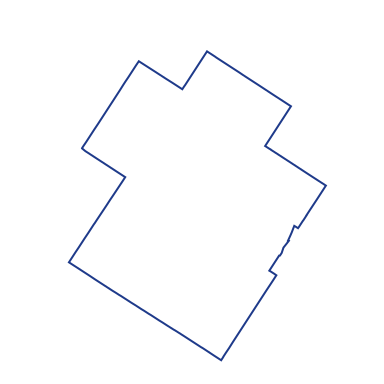 Naracoorte Lucindale, South Australia, Australia (Mercator projection), rotated 123°
{"feature_id": "25037944B94364154888431", "entity_name": "Naracoorte Lucindale", "entity_type": "district", "adm_level": 2, "iso_a3": "AUS", "parent_name": "Australia", "parent_adm1": "South Australia", "projection": "mercator", "projection_center": [140.584, -36.995], "detail": "fine", "context": "isolated", "style": "outline", "palette": "blue", "viewbox_px": 384, "rotation_deg": 123, "n_neighbors": 0, "source": "geoboundaries", "source_scale": "gbopen_adm2", "svg_char_len": 2946}
<svg xmlns="http://www.w3.org/2000/svg" viewBox="0 0 384 384"><g transform="rotate(123 192 192)"><path d="M317.2,75.9L313.4,75.9L313.2,76.0L312.9,76.0L308.3,76.0L302.8,75.9L302.6,75.9L295.8,76.0L293.9,76.0L293.6,76.0L288.2,76.0L280.7,76.0L276.7,76.0L272.1,76.0L267.0,76.0L264.4,76.0L257.2,76.0L251.4,76.0L244.7,76.0L238.5,76.0L238.4,76.0L235.2,76.0L234.9,76.0L233.7,76.0L223.8,75.9L219.9,75.9L215.9,75.9L215.8,78.4L215.8,82.5L215.9,84.2L215.9,84.3L206.5,84.3L197.9,84.3L197.4,83.6L194.2,83.6L193.1,83.9L188.8,85.0L184.6,84.6L180.1,84.2L180.1,84.3L180.4,85.0L179.6,85.1L174.2,85.9L172.5,86.2L171.8,86.3L164.7,87.8L164.6,85.4L164.6,83.9L164.6,83.4L164.4,83.4L164.1,83.4L163.5,83.3L161.9,83.3L155.6,83.3L155.4,83.2L154.7,83.2L151.4,83.2L149.3,83.2L149.3,83.3L146.5,83.3L143.1,83.3L129.9,83.2L113.7,83.2L113.7,105.3L113.6,132.5L113.6,148.9L113.5,149.0L113.5,149.3L113.6,150.9L113.6,152.0L113.6,153.0L113.6,155.7L109.5,155.7L106.8,155.7L101.1,155.7L97.8,155.7L92.4,155.7L89.2,155.7L85.3,155.7L82.4,155.7L78.4,155.7L76.3,155.7L66.2,155.7L66.2,177.4L66.1,193.9L66.1,204.9L66.1,212.8L66.0,217.3L66.0,218.5L66.0,219.1L66.0,219.9L66.0,220.7L66.0,220.8L66.0,221.1L66.0,222.5L66.0,225.7L66.0,226.0L66.0,230.0L66.0,242.0L66.0,244.8L65.9,246.5L65.9,256.0L71.0,256.0L74.1,256.0L78.1,256.0L78.3,256.0L80.0,256.0L82.1,256.0L83.2,256.0L84.8,256.0L92.9,256.0L93.9,256.0L94.0,256.0L100.8,256.0L101.9,256.0L103.4,256.0L106.8,256.0L107.4,256.1L111.1,256.1L111.1,267.9L111.2,275.8L111.2,284.6L111.2,288.2L111.3,306.8L111.3,307.3L111.3,307.8L116.2,307.9L121.9,307.9L126.0,307.9L130.8,307.9L135.5,308.0L139.2,308.0L145.8,307.9L149.7,307.9L154.4,307.9L162.8,307.9L169.5,307.9L170.9,307.9L174.0,307.9L176.9,307.9L181.7,307.9L186.0,307.9L193.0,308.0L196.0,308.0L201.0,308.0L205.5,308.0L207.6,308.0L212.3,308.1L215.0,308.1L215.3,308.0L215.8,303.7L215.9,266.1L215.9,264.5L215.9,261.0L215.9,257.2L215.9,256.1L219.9,256.1L229.6,256.2L238.3,256.3L243.0,256.4L244.7,256.4L245.0,256.4L245.8,256.4L247.0,256.4L250.5,256.4L258.6,256.5L267.4,256.6L268.8,256.6L271.0,256.6L272.6,256.7L276.9,256.7L279.7,256.7L280.1,256.7L280.9,256.7L281.7,256.7L282.9,256.7L289.3,256.8L291.1,256.8L291.7,256.8L293.6,256.8L298.3,256.8L300.2,256.8L300.3,256.8L305.6,256.9L309.8,256.9L313.9,256.9L317.9,256.9L318.0,256.9L318.0,253.9L318.0,251.1L318.0,250.9L318.0,240.1L318.0,236.7L318.0,232.7L318.1,225.9L318.1,225.0L318.1,217.2L318.1,206.2L318.1,204.8L318.0,200.9L318.0,200.2L318.0,196.5L317.9,195.6L317.9,192.9L317.9,182.9L317.8,178.0L317.8,173.0L317.8,170.5L317.7,167.6L317.7,164.7L317.7,164.0L317.7,161.8L317.6,159.7L317.6,155.4L317.6,153.0L317.6,150.6L317.6,149.3L317.5,145.6L317.5,144.3L317.5,142.5L317.5,141.9L317.5,139.7L317.4,132.2L317.3,131.0L317.3,130.8L317.2,119.9L317.2,117.7L317.2,111.0L317.2,110.5L317.2,104.9L317.2,99.1L317.1,98.9L317.1,98.6L317.1,96.9L317.1,96.0L317.1,95.8L317.2,84.8L317.2,83.7L317.2,83.4L317.2,76.0L317.2,75.9Z" fill="none" stroke="#1e3a8a" stroke-width="2"/></g></svg>